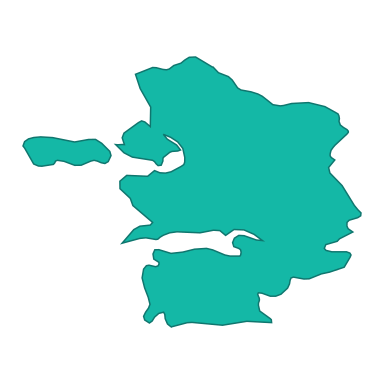 the County of Lääne
{"feature_id": "EST-1661", "entity_name": "Lääne", "entity_type": "County", "adm_level": 1, "iso_a3": "EST", "parent_name": "Estonia", "parent_adm1": "", "projection": "equal_earth", "projection_center": [23.689, 58.901], "detail": "fine", "context": "isolated", "style": "filled", "palette": "teal", "viewbox_px": 384, "rotation_deg": 0, "n_neighbors": 0, "source": "natural_earth", "source_scale": "10m", "svg_char_len": 3027}
<svg xmlns="http://www.w3.org/2000/svg" viewBox="0 0 384 384"><path d="M171.4,327.0L170.9,326.7L167.5,324.0L165.2,318.7L164.8,314.4L163.6,312.2L158.8,313.4L154.6,317.1L152.1,321.1L149.4,323.0L144.7,320.0L143.6,316.3L145.6,312.2L148.5,308.1L150.0,304.3L148.2,297.2L144.6,287.8L142.1,277.9L143.6,269.1L146.4,265.7L149.0,265.2L155.6,266.7L158.0,265.9L159.0,264.1L158.9,262.3L153.8,259.1L153.0,254.0L154.8,249.8L158.9,249.7L171.0,253.4L182.8,252.1L194.5,249.2L206.5,248.4L212.7,249.9L224.9,255.0L230.1,256.1L239.8,256.1L240.7,254.9L241.1,252.2L240.5,249.6L238.7,248.4L233.8,246.6L232.6,242.6L234.4,238.2L238.8,235.4L244.1,235.7L256.4,240.0L262.5,240.6L254.0,234.3L243.9,229.9L234.0,229.5L225.6,235.4L219.9,230.6L213.5,230.2L200.0,232.8L177.0,231.8L169.7,232.8L163.4,235.2L160.2,237.1L157.8,239.2L155.9,239.5L145.9,237.8L139.8,238.4L122.1,243.2L133.8,229.6L139.9,226.2L150.3,225.1L152.6,222.4L132.9,205.6L130.3,198.4L120.0,188.7L119.9,181.2L126.7,175.4L147.6,176.3L154.5,170.6L159.9,172.8L165.5,173.1L171.1,171.8L181.2,166.4L183.8,164.6L184.7,162.1L184.8,157.5L182.8,148.4L177.7,141.9L170.8,137.4L163.3,134.3L167.3,139.2L176.6,145.0L180.5,150.0L177.8,151.0L172.1,151.4L169.8,152.3L163.3,157.5L162.9,158.8L162.9,161.0L161.2,165.2L158.1,165.6L156.2,163.9L154.5,161.6L152.6,160.3L132.3,157.1L124.0,152.8L115.7,144.6L117.8,144.8L122.3,144.5L124.4,144.6L122.2,137.8L124.0,133.1L138.3,122.7L141.6,120.9L144.9,122.0L150.3,126.6L150.7,107.1L140.2,88.6L135.5,74.3L152.7,67.5L156.2,67.7L162.8,69.4L166.5,69.8L169.3,69.0L173.8,65.5L180.9,63.2L184.7,60.1L189.2,57.3L195.6,57.0L212.3,67.0L213.2,67.1L213.4,67.4L218.4,72.7L228.4,76.6L232.2,80.0L237.6,87.9L241.0,90.0L250.9,91.8L257.9,94.0L262.3,96.3L272.9,104.7L280.3,105.9L283.5,105.5L291.7,103.5L308.6,102.6L324.9,106.6L338.0,113.9L338.9,115.8L339.4,118.6L339.0,121.3L340.3,125.0L343.5,127.5L347.0,129.6L348.3,131.2L348.3,132.3L347.3,133.7L335.0,145.2L333.1,147.4L331.0,150.4L330.1,154.0L330.1,155.8L331.2,157.5L334.8,160.0L328.6,167.5L329.9,173.0L342.1,185.6L354.3,205.4L357.8,209.7L361.0,212.9L360.7,215.8L357.7,217.7L349.2,220.2L347.0,222.4L346.9,226.0L348.1,228.7L352.8,232.0L339.5,238.8L337.2,241.3L325.8,244.6L324.3,248.4L326.0,250.4L331.8,251.8L346.5,251.8L349.9,253.1L351.0,255.0L350.1,257.2L344.2,267.2L329.6,272.1L321.3,273.9L309.2,278.8L303.9,279.0L293.4,277.1L291.0,278.0L290.1,280.3L289.5,283.9L287.6,288.1L281.0,294.2L275.7,296.2L270.3,296.2L262.0,293.2L258.4,292.8L257.7,294.2L258.4,296.3L259.1,297.8L259.4,299.2L259.3,300.7L258.5,302.9L258.4,305.2L259.7,311.0L270.2,318.6L271.3,319.7L271.6,322.6L246.8,321.3L222.5,325.2L192.0,322.4L187.1,322.7L171.6,326.8L171.4,327.0L171.4,327.0ZM101.7,143.3L109.8,151.4L111.0,155.6L108.2,161.6L104.9,163.5L101.1,162.7L97.4,161.1L94.1,160.3L90.8,161.1L81.2,165.2L74.7,165.3L64.0,161.3L57.4,160.3L55.5,161.1L54.8,162.8L53.4,164.4L41.9,166.2L38.4,166.0L33.7,164.0L24.7,148.2L23.0,146.0L24.6,141.6L28.5,138.9L33.8,137.5L40.7,136.9L52.6,137.6L74.6,142.0L88.5,139.5L95.5,139.4L101.7,143.3Z" fill="#14b8a6" stroke="#0f766e" stroke-width="1.5"/></svg>